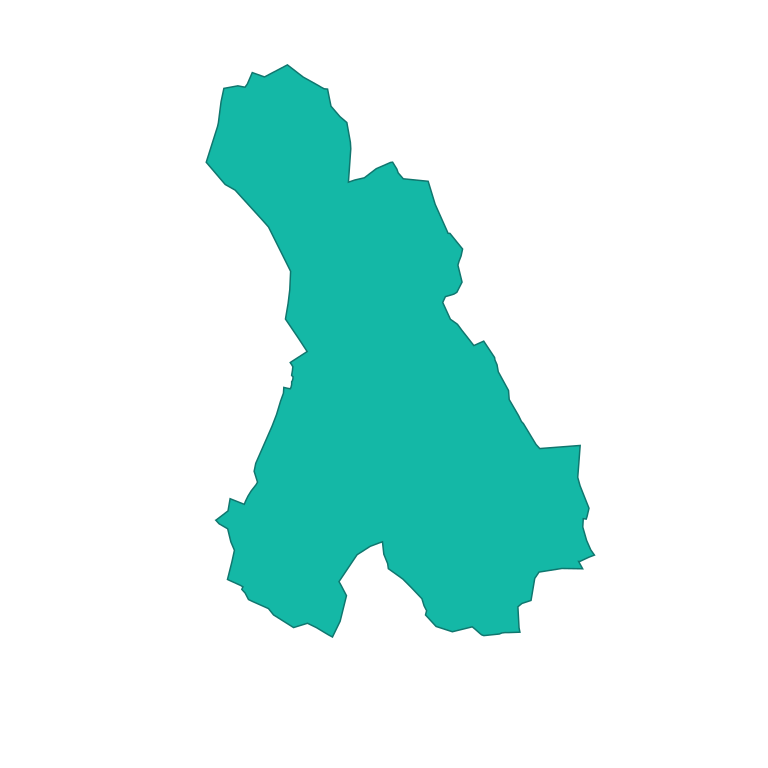 Babura, Jigawa, Nigeria, rotated 292°
{"feature_id": "59680162B12953009585437", "entity_name": "Babura", "entity_type": "district", "adm_level": 2, "iso_a3": "NGA", "parent_name": "Nigeria", "parent_adm1": "Jigawa", "projection": "orthographic", "projection_center": [8.842, 12.599], "detail": "fine", "context": "isolated", "style": "filled", "palette": "teal", "viewbox_px": 768, "rotation_deg": 292, "n_neighbors": 0, "source": "geoboundaries", "source_scale": "gbopen_adm2", "svg_char_len": 2523}
<svg xmlns="http://www.w3.org/2000/svg" viewBox="0 0 768 768"><g transform="rotate(292 384 384)"><path d="M124.3,391.4L133.5,402.7L132.8,412.7L131.4,421.3L130.6,426.5L130.1,431.0L147.6,432.2L173.7,428.5L181.2,419.7L183.9,416.3L209.1,421.6L215.6,423.0L228.3,432.0L234.6,438.8L237.1,441.7L226.1,447.6L218.8,454.7L214.4,457.2L210.2,474.5L205.4,485.8L199.1,499.6L193.4,504.2L190.8,507.2L189.9,508.4L185.4,509.0L178.7,523.1L179.9,540.2L191.9,556.8L190.7,560.6L188.7,566.2L188.0,568.5L188.1,570.8L195.4,584.6L197.3,586.5L198.9,589.4L199.9,592.0L204.8,603.0L208.6,600.5L227.6,591.6L232.2,594.1L238.4,601.4L260.2,596.6L267.7,598.2L268.0,598.7L279.6,618.0L287.1,637.4L292.4,630.9L292.9,632.1L297.0,635.9L300.6,639.3L302.6,641.5L304.2,643.2L307.6,637.9L314.8,630.5L325.8,621.9L333.8,619.2L334.5,622.1L337.2,621.9L345.6,620.6L363.1,603.9L370.0,598.6L383.6,594.3L400.5,588.9L382.5,552.6L384.9,547.6L399.5,528.1L400.7,525.5L405.1,520.6L416.5,505.9L424.6,501.9L437.0,486.8L438.1,485.4L444.2,481.6L447.8,477.9L450.0,476.6L461.1,460.4L453.3,452.9L460.0,441.3L463.0,436.0L463.7,434.9L466.9,429.7L468.9,421.3L481.6,407.9L488.0,408.2L492.0,413.3L493.6,415.2L496.3,417.2L507.7,418.2L521.9,408.0L525.9,407.6L531.6,407.5L538.6,406.3L543.0,398.3L548.3,388.8L548.2,388.2L547.8,387.1L548.0,386.4L548.7,386.0L569.8,364.1L588.5,349.0L581.5,325.0L585.1,318.0L588.1,315.4L592.9,308.9L591.9,307.1L580.8,296.2L567.8,288.5L562.2,280.5L557.8,275.4L589.6,265.1L595.5,262.3L612.5,251.6L615.4,243.0L621.7,230.8L629.1,225.9L636.3,221.2L635.3,217.9L635.7,214.2L636.1,211.8L638.3,194.1L643.7,174.9L623.9,158.1L623.4,145.2L610.8,144.9L607.1,143.9L605.7,136.8L598.1,124.8L584.6,127.2L564.1,132.6L560.4,133.2L523.0,136.1L509.5,162.0L508.0,173.3L490.0,210.7L486.3,218.1L453.5,255.2L436.2,261.3L422.8,264.9L407.3,268.3L394.4,287.5L385.3,300.6L368.8,289.0L368.5,289.4L368.1,289.8L367.9,290.1L367.8,290.4L367.7,290.8L367.2,291.3L366.3,292.4L365.8,293.1L364.4,293.4L362.4,294.0L359.7,294.6L357.4,295.1L356.9,296.1L356.7,296.9L354.6,297.6L352.6,297.8L351.6,297.5L348.8,298.6L346.1,299.0L344.5,298.9L343.9,296.3L343.3,292.4L337.8,294.2L329.5,294.5L315.4,295.8L303.0,296.0L262.4,294.8L254.4,296.3L245.6,303.5L242.7,303.1L235.1,300.9L229.2,299.9L223.7,299.5L220.1,299.5L220.0,284.3L207.9,286.9L194.8,279.2L194.7,279.1L192.6,283.5L191.2,293.3L180.3,301.1L173.8,307.6L162.1,309.6L144.1,312.1L143.5,326.6L143.1,329.2L141.8,329.1L140.3,329.1L138.2,333.5L133.4,339.1L133.1,343.7L132.5,361.0L128.5,368.1L124.3,391.4Z" fill="#14b8a6" stroke="#0f766e" stroke-width="1.5"/></g></svg>